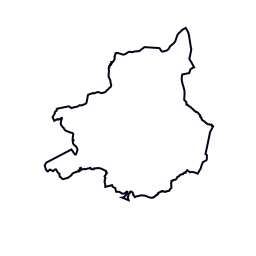 Toro, Bauchi, Nigeria, rotated 68°
{"feature_id": "59680162B15165581574851", "entity_name": "Toro", "entity_type": "district", "adm_level": 2, "iso_a3": "NGA", "parent_name": "Nigeria", "parent_adm1": "Bauchi", "projection": "natural_earth1", "projection_center": [9.239, 10.35], "detail": "fine", "context": "isolated", "style": "outline", "palette": "ink", "viewbox_px": 256, "rotation_deg": 68, "n_neighbors": 0, "source": "geoboundaries", "source_scale": "gbopen_adm2", "svg_char_len": 5723}
<svg xmlns="http://www.w3.org/2000/svg" viewBox="0 0 256 256"><g transform="rotate(68 128 128)"><path d="M64.9,122.5L65.0,122.7L65.2,123.4L65.6,123.6L68.0,124.3L69.6,125.1L70.1,125.4L73.0,126.7L77.4,126.6L80.5,127.4L81.7,127.4L82.3,127.7L83.2,128.3L84.2,131.1L84.8,132.1L85.2,133.8L86.2,135.5L86.0,138.0L86.0,139.1L83.7,142.0L83.2,143.1L83.3,146.2L83.0,146.9L82.5,147.1L82.5,147.7L82.3,150.1L82.3,152.6L83.6,153.6L84.8,154.2L87.0,155.8L87.9,156.2L88.2,156.5L89.1,157.1L89.8,158.9L89.6,160.6L89.7,162.4L88.8,164.2L88.9,165.6L89.2,166.6L89.0,167.7L89.0,168.4L88.7,169.4L88.5,171.6L88.2,172.3L88.3,173.0L85.7,174.8L83.7,185.7L83.6,186.8L84.4,186.9L85.0,188.1L85.3,188.1L85.4,189.3L85.6,189.6L87.3,190.7L89.7,193.9L93.7,193.7L93.4,191.6L93.5,191.5L93.3,191.1L93.3,190.6L93.3,190.4L93.4,190.0L93.8,189.5L94.1,189.5L94.1,189.1L94.2,188.8L94.3,188.1L94.1,187.7L94.0,187.1L93.8,186.9L93.8,186.7L94.0,186.4L93.8,186.0L93.8,185.9L94.2,185.9L94.3,185.7L95.0,186.2L96.4,187.4L96.8,187.7L97.5,187.9L98.0,188.4L98.8,188.7L99.7,188.9L100.6,188.8L101.8,188.4L102.4,188.4L103.9,187.6L104.8,187.6L106.6,187.1L108.3,185.6L109.5,184.2L110.2,183.7L111.1,182.3L111.7,181.5L112.6,181.1L113.2,181.0L115.4,182.3L115.8,182.7L117.5,183.3L118.9,183.2L118.7,184.0L121.8,184.7L123.3,184.4L126.1,182.9L129.1,182.9L131.3,184.6L133.0,186.2L132.5,187.2L126.7,188.5L129.5,216.8L131.6,219.3L135.7,219.6L138.1,219.0L138.2,218.4L137.3,216.0L139.9,213.7L139.2,211.5L139.2,210.6L139.5,210.2L141.8,210.0L143.7,209.5L144.9,208.7L146.0,209.2L147.7,209.5L148.7,208.7L150.9,207.8L151.1,207.2L151.7,202.1L151.3,201.7L151.3,201.1L150.8,198.6L149.6,196.8L149.2,195.1L149.3,194.8L149.2,194.2L149.3,193.2L149.6,192.4L149.3,192.2L149.3,191.7L149.2,191.2L149.3,191.1L149.5,190.6L149.6,190.1L149.8,189.9L149.7,189.7L149.9,189.3L149.7,188.8L148.7,189.1L148.4,188.0L148.0,187.8L147.3,187.7L147.3,186.6L147.6,186.6L148.1,186.8L148.5,186.7L149.0,186.8L149.3,186.7L149.3,185.6L149.4,185.2L149.6,184.0L149.7,183.5L150.3,182.9L150.4,182.1L150.4,181.0L150.8,179.3L150.9,177.7L152.3,177.6L153.3,175.7L153.4,175.2L152.7,174.5L153.3,173.0L154.0,170.4L154.9,169.3L155.5,168.1L159.1,165.0L159.6,164.5L160.0,164.3L160.4,164.4L161.1,165.0L161.5,164.8L161.9,164.5L162.0,164.7L162.0,165.3L163.1,166.2L163.2,166.6L164.1,167.9L165.8,167.6L166.6,168.1L166.9,168.8L167.7,169.2L168.0,169.1L168.5,169.3L169.3,170.0L171.9,170.2L172.6,170.6L174.1,171.1L175.0,164.2L176.5,164.3L179.1,162.4L182.6,162.9L184.0,159.9L186.3,158.3L186.3,158.1L187.1,157.3L187.2,156.8L187.2,154.8L186.6,153.5L186.5,152.9L187.0,152.4L187.5,152.7L189.4,155.1L189.4,155.5L190.7,157.7L190.3,159.4L195.2,154.5L191.7,154.1L191.5,153.4L189.7,152.4L188.3,149.5L187.9,149.6L187.8,149.3L188.0,149.0L188.4,148.7L189.0,148.1L190.6,147.8L191.6,147.9L191.8,148.2L192.3,148.2L194.7,147.5L194.4,146.3L194.6,145.3L194.9,144.5L195.0,143.8L195.1,142.8L195.2,141.7L195.2,141.3L195.9,140.2L196.3,138.8L198.3,136.2L199.2,135.5L200.7,133.6L201.5,132.5L201.9,131.2L201.8,130.8L201.9,130.5L201.6,130.2L201.7,129.4L201.8,129.2L200.9,127.9L200.9,127.7L201.1,127.3L201.1,126.4L200.9,126.3L200.8,126.0L200.5,125.9L200.4,125.4L200.5,125.0L199.6,124.5L199.4,124.0L199.6,123.7L199.6,122.7L199.4,122.6L199.3,121.3L199.2,120.9L199.4,120.7L199.1,120.4L199.5,119.2L200.1,119.1L200.6,118.4L200.8,117.9L201.1,117.6L201.1,117.0L201.3,116.7L201.3,116.2L201.2,115.8L201.0,115.7L201.4,114.8L201.6,113.7L201.6,113.0L201.3,112.7L200.5,112.2L200.2,111.1L200.0,110.8L199.9,110.4L199.0,109.8L198.2,109.7L197.3,109.3L195.7,108.9L195.4,108.6L194.6,108.2L194.2,107.9L194.0,107.5L193.4,107.6L193.2,107.1L193.4,105.5L193.3,104.9L193.7,103.5L193.6,102.8L192.7,101.3L192.0,100.8L191.7,98.6L191.5,98.2L191.0,97.3L191.0,95.6L191.3,95.0L191.4,94.4L191.2,94.1L190.9,93.8L190.6,93.0L190.6,92.2L191.0,91.8L191.1,91.4L190.4,91.1L190.4,90.7L189.3,88.9L192.4,87.0L192.7,85.0L194.3,82.7L196.4,80.5L196.4,80.4L194.3,77.8L192.9,75.9L190.4,73.9L187.7,71.4L187.3,67.4L186.1,66.4L182.6,65.0L181.2,65.9L163.0,53.7L162.8,53.7L158.4,48.5L158.0,48.9L157.7,48.9L157.5,49.3L156.8,49.0L156.2,49.2L156.1,49.5L156.0,50.2L155.6,50.8L155.1,51.0L155.0,51.4L154.8,51.7L154.5,52.2L154.4,52.6L154.2,52.9L153.8,53.1L153.2,53.3L152.4,53.9L150.0,55.0L148.8,56.0L148.7,56.2L147.7,56.4L147.5,56.2L146.5,56.3L145.9,56.0L145.7,56.1L145.5,56.5L145.1,56.5L144.8,56.7L144.6,56.9L143.8,56.6L143.6,56.6L143.4,56.4L143.1,56.4L142.3,56.7L142.0,57.0L141.1,57.0L140.8,57.3L139.8,57.6L138.9,58.3L138.6,59.0L137.9,59.4L137.4,59.5L137.0,60.0L136.4,60.1L136.1,60.4L135.6,60.4L134.6,61.0L134.3,61.0L133.1,61.8L132.1,62.0L131.5,62.6L131.4,62.6L130.9,63.2L130.6,63.4L130.4,63.3L130.1,63.4L129.5,63.8L128.9,64.0L128.4,65.0L128.0,64.7L127.7,64.9L127.0,64.7L126.7,64.4L126.3,64.4L126.1,64.4L125.7,64.2L125.1,64.7L123.6,65.0L123.3,65.3L122.3,65.1L117.4,62.7L114.5,61.7L110.3,61.1L107.5,60.9L103.9,60.3L101.4,59.3L98.7,57.6L100.0,50.7L96.9,48.0L96.4,44.6L96.5,44.0L91.1,44.6L88.1,45.1L87.1,45.2L86.6,45.1L82.2,42.0L78.7,39.8L77.3,39.6L64.2,36.6L61.2,36.4L56.8,37.0L57.3,40.9L58.4,43.4L58.8,44.7L59.8,46.8L61.7,48.6L65.4,51.8L66.6,53.9L66.9,54.8L67.4,56.6L68.0,58.3L70.0,60.8L70.7,63.1L70.5,65.0L70.2,66.9L69.5,68.1L65.9,68.9L65.4,69.5L59.2,82.4L60.9,88.9L59.6,92.9L59.2,96.1L58.2,97.3L57.9,98.3L57.8,98.9L57.8,100.0L58.3,101.5L58.4,104.5L57.6,105.8L56.4,107.1L55.5,108.4L54.7,109.0L54.1,110.7L54.1,111.6L55.0,111.9L55.4,112.6L56.0,113.1L56.5,113.2L56.6,113.4L56.9,113.9L57.4,113.9L58.1,114.1L58.6,114.6L59.2,114.6L60.9,117.0L61.1,117.4L60.9,117.6L61.0,117.9L60.9,118.2L61.1,118.3L61.0,118.5L61.3,118.6L61.5,118.4L61.8,118.7L61.3,119.1L61.7,119.2L61.9,119.6L62.5,120.0L62.6,120.3L63.0,120.2L63.2,120.4L63.1,120.9L62.8,121.1L63.2,121.3L63.4,121.5L63.6,122.4L64.1,122.6L64.9,122.5Z" fill="none" stroke="#020617" stroke-width="2"/></g></svg>